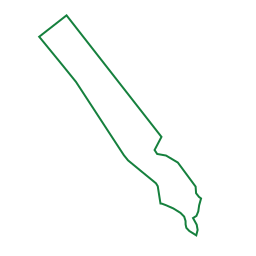 an SVG outline of Namayingo, rotated 142°
{"feature_id": "UGA-5614", "entity_name": "Namayingo", "entity_type": "District", "adm_level": 1, "iso_a3": "UGA", "parent_name": "Uganda", "parent_adm1": "", "projection": "equal_earth", "projection_center": [33.828, -0.264], "detail": "fine", "context": "isolated", "style": "outline", "palette": "green", "viewbox_px": 256, "rotation_deg": 142, "n_neighbors": 0, "source": "natural_earth", "source_scale": "10m", "svg_char_len": 636}
<svg xmlns="http://www.w3.org/2000/svg" viewBox="0 0 256 256"><g transform="rotate(142 128 128)"><path d="M141.8,254.6L131.3,254.6L108.0,254.6L107.1,254.6L107.1,100.4L120.6,94.3L121.0,89.6L115.0,82.9L110.0,70.1L110.8,40.2L114.5,34.7L114.5,31.3L114.5,30.1L113.8,27.5L119.5,23.3L124.0,19.0L128.2,16.6L132.2,17.0L133.4,9.5L135.9,4.8L140.3,1.4L143.1,9.1L143.5,13.4L142.0,16.5L139.9,19.3L138.3,23.6L138.9,28.8L141.8,36.7L145.8,44.1L147.8,47.4L148.9,48.5L147.8,50.5L140.4,63.8L140.0,67.2L144.0,84.9L147.9,102.5L148.0,109.1L145.7,136.4L142.7,171.7L140.6,196.3L141.0,219.7L141.8,254.6Z" fill="none" stroke="#15803d" stroke-width="2"/></g></svg>